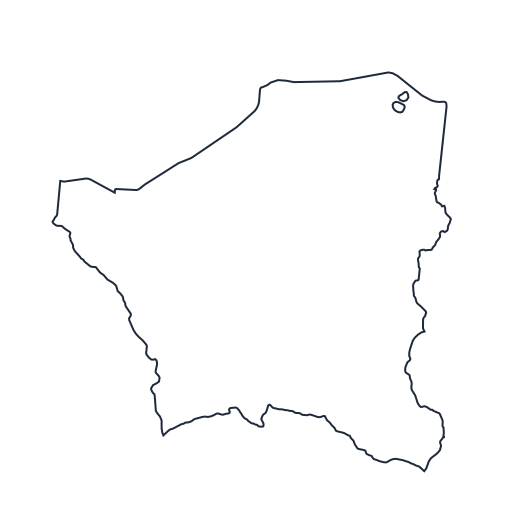 Niassa, Albers equal-area conic projection, rotated 96°
{"feature_id": "MOZ-1199", "entity_name": "Niassa", "entity_type": "Province", "adm_level": 1, "iso_a3": "MOZ", "parent_name": "Mozambique", "parent_adm1": "", "projection": "albers", "projection_center": [37.064, -13.372], "detail": "fine", "context": "isolated", "style": "outline", "palette": "slate", "viewbox_px": 512, "rotation_deg": 96, "n_neighbors": 0, "source": "natural_earth", "source_scale": "10m", "svg_char_len": 5940}
<svg xmlns="http://www.w3.org/2000/svg" viewBox="0 0 512 512"><g transform="rotate(96 256 256)"><path d="M416.6,50.1L417.3,51.3L418.5,51.8L420.4,53.1L421.5,53.5L422.6,53.3L424.7,52.4L425.7,52.1L430.1,52.9L433.5,55.3L438.7,60.8L442.0,62.6L449.6,64.5L452.4,66.2L448.7,71.2L448.3,72.0L447.6,75.2L446.5,77.9L445.9,80.7L445.2,82.0L444.9,82.7L444.4,85.7L443.7,88.5L443.1,95.4L443.2,96.3L443.7,98.5L444.2,99.5L445.3,101.6L446.2,102.6L447.7,105.0L447.7,107.6L447.0,112.4L446.3,114.3L445.7,117.4L445.5,117.8L444.3,119.1L443.1,119.8L442.8,120.2L442.6,120.7L442.2,122.9L441.3,125.1L440.5,125.9L438.2,126.8L437.9,127.7L437.6,129.2L437.3,132.5L437.1,134.0L436.8,134.9L433.3,137.8L432.1,138.5L429.9,139.5L429.2,140.1L428.1,141.5L426.9,142.8L425.1,143.8L424.5,146.1L423.0,149.5L422.6,151.2L421.8,157.2L421.5,158.0L421.0,158.6L419.3,159.5L418.3,160.5L416.5,162.8L413.8,165.4L412.2,167.8L411.5,168.5L409.9,169.6L408.2,170.6L408.0,171.1L408.0,171.9L408.8,173.8L409.4,174.8L409.7,176.4L409.6,178.0L409.3,179.7L409.0,180.7L408.0,185.3L408.2,186.7L409.0,188.4L409.1,192.9L409.0,193.5L407.9,195.8L407.7,196.3L407.7,196.9L407.9,199.8L407.7,201.0L407.3,201.9L406.7,202.6L406.5,203.3L406.4,204.3L406.5,206.2L406.1,208.6L406.2,211.2L405.9,213.0L405.8,213.9L406.0,217.1L405.9,218.2L405.6,219.8L405.4,222.2L405.3,222.8L404.8,223.8L402.7,226.4L402.5,226.9L402.6,227.4L403.1,228.0L403.7,228.3L408.6,229.2L410.7,229.9L411.5,230.5L412.4,231.6L413.1,232.2L413.5,232.5L415.0,233.1L417.2,233.6L417.5,233.7L417.9,233.6L421.3,231.3L422.2,231.0L423.3,230.8L424.4,230.9L424.8,231.2L425.1,232.0L425.2,234.7L425.2,235.5L424.9,236.0L424.0,237.0L423.8,237.5L423.6,239.5L422.9,240.8L422.9,242.4L422.7,243.4L421.8,244.6L421.2,246.1L420.9,246.5L419.9,247.5L419.3,248.3L418.8,249.9L418.3,250.7L416.0,253.1L414.8,253.8L413.0,255.4L411.1,256.8L409.3,258.9L409.0,259.6L408.9,260.7L409.7,264.8L409.9,265.6L410.3,266.1L411.2,266.7L411.7,266.7L412.2,266.6L413.5,265.9L414.5,265.8L415.0,266.1L415.4,266.8L416.0,269.1L416.6,270.7L417.2,271.8L417.3,273.6L416.6,277.2L416.8,278.5L417.1,279.1L418.5,281.0L419.8,283.3L420.3,284.4L420.9,286.3L421.1,287.3L421.1,288.2L421.0,289.5L421.2,290.7L421.7,292.6L424.6,300.1L425.1,300.8L426.4,302.1L427.4,303.4L428.6,306.1L428.8,307.1L428.9,308.3L429.2,309.0L430.4,310.5L431.0,312.5L436.5,320.8L436.9,321.7L437.2,322.8L438.5,324.5L444.1,329.4L441.2,330.8L437.5,331.8L429.4,332.7L425.7,334.7L422.4,338.0L420.5,339.4L404.7,342.3L403.8,342.9L403.2,343.9L401.7,345.1L400.0,346.2L398.5,346.5L395.1,344.8L393.2,341.8L391.0,339.3L387.0,339.2L385.3,340.3L382.8,343.2L381.5,343.8L374.1,343.1L372.2,343.3L370.2,344.1L369.1,345.5L369.9,347.5L369.9,349.3L368.4,351.7L366.2,353.9L364.5,355.1L357.0,355.1L355.6,355.9L352.0,359.6L348.6,364.3L345.9,367.3L342.6,370.0L333.0,375.4L331.2,375.7L328.8,374.5L327.7,374.3L326.6,374.5L326.0,374.8L325.7,375.2L319.6,380.3L317.8,381.0L316.6,381.2L315.8,381.7L314.2,383.0L313.3,383.4L311.3,383.9L310.3,384.3L309.2,385.3L306.4,388.3L305.9,389.3L305.3,389.9L300.2,392.0L297.7,395.3L296.3,398.3L295.0,401.2L290.9,405.5L290.2,406.7L289.9,407.4L288.7,409.4L283.8,414.2L283.9,418.3L283.6,419.7L279.7,425.7L279.1,426.3L277.8,427.3L277.4,428.0L276.9,429.3L276.5,429.9L275.2,431.0L270.0,436.8L267.1,438.6L266.0,438.9L264.4,439.1L263.7,439.4L259.9,442.0L258.2,442.3L256.2,443.4L255.0,443.5L252.8,443.0L252.1,443.2L251.7,443.6L251.4,444.0L248.8,449.1L246.8,451.7L246.6,452.2L246.4,453.2L246.7,455.4L246.6,457.4L246.3,458.3L245.8,459.3L244.6,461.0L243.8,461.7L243.1,461.9L242.6,461.7L240.9,460.7L238.8,460.0L236.9,458.5L235.5,458.1L201.8,458.5L202.1,454.6L196.7,433.1L196.7,430.8L197.3,428.4L207.8,403.1L205.8,403.2L204.6,403.0L204.0,402.1L202.9,381.8L202.3,380.2L201.2,378.8L196.6,374.1L171.7,342.7L165.3,330.6L130.0,288.8L112.0,272.5L109.0,270.7L105.8,269.6L102.6,269.1L90.5,269.4L89.0,269.2L88.0,268.6L87.7,268.2L87.6,267.7L87.1,266.6L85.2,263.2L84.1,261.7L82.0,259.6L78.8,252.6L78.5,244.6L79.1,236.4L73.4,190.7L59.6,143.5L60.0,139.1L62.0,134.2L79.1,107.5L82.9,97.9L83.6,94.1L83.7,90.2L83.0,86.0L83.0,84.2L83.9,82.9L87.2,82.1L156.6,82.3L160.6,82.1L160.8,82.7L161.4,83.3L162.3,83.6L165.0,83.6L167.3,82.6L167.8,82.7L168.6,83.3L169.1,84.0L169.4,84.7L169.8,85.2L170.9,85.6L171.0,83.9L172.0,83.8L173.6,84.4L175.1,84.8L177.4,83.6L182.6,82.2L183.5,81.6L184.2,79.6L185.0,78.2L186.0,76.9L187.2,76.2L186.4,74.0L188.2,73.0L192.9,72.1L194.6,70.8L197.6,67.0L198.8,66.1L202.7,66.8L206.0,68.1L209.6,68.1L210.9,68.7L212.5,70.7L211.6,72.8L212.5,74.7L214.3,75.6L216.1,75.1L217.5,75.0L219.5,75.8L222.9,78.0L223.9,78.4L226.0,78.9L226.9,79.3L229.0,81.1L229.8,81.3L231.4,82.0L231.9,83.8L232.1,86.0L232.8,87.9L232.2,89.4L232.5,91.4L233.3,93.1L234.4,93.9L238.3,93.2L239.5,93.4L241.0,94.3L241.9,94.6L243.3,94.4L246.8,93.4L249.8,93.0L250.9,92.1L251.4,91.8L262.5,91.8L263.2,92.3L263.8,94.6L264.4,95.1L267.3,96.5L268.9,96.7L274.9,95.7L276.3,95.2L278.8,94.9L279.5,94.5L280.1,93.9L281.0,93.1L284.5,91.8L285.6,91.2L286.4,90.4L289.1,86.5L293.4,81.3L295.0,80.8L295.9,81.3L297.8,81.4L300.1,82.9L301.5,83.2L310.3,82.4L311.2,82.0L313.5,80.5L314.7,83.5L317.3,86.7L320.6,89.5L323.9,91.2L332.0,93.0L336.1,93.5L339.5,93.1L342.0,91.8L342.8,91.8L343.9,92.3L345.6,94.1L346.4,94.5L351.1,95.8L353.3,95.8L355.1,95.5L355.7,95.2L356.5,94.5L357.6,92.2L358.3,91.0L359.5,90.5L361.5,90.1L364.9,88.2L367.0,87.8L370.0,87.8L372.0,87.5L373.8,86.4L378.0,83.1L385.0,80.0L386.9,78.6L388.1,77.6L388.9,76.3L388.7,75.1L388.2,73.9L387.8,72.6L388.3,70.4L390.6,66.3L390.5,64.6L391.4,63.4L392.8,59.0L393.1,57.6L393.7,56.8L399.7,53.4L401.3,53.0L405.2,52.8L406.0,52.6L406.9,51.6L412.4,50.7L415.3,50.8L415.3,50.6L415.6,50.4L416.0,50.1L416.6,50.1ZM91.3,135.9L93.4,135.5L95.4,134.3L96.9,132.5L97.9,130.1L98.2,127.6L97.4,125.7L95.9,124.7L93.7,123.9L91.7,123.8L90.4,124.7L88.7,128.9L88.1,131.2L88.2,133.2L89.4,135.2L91.3,135.9ZM79.2,121.8L77.2,123.4L77.4,125.0L80.0,127.9L81.2,129.6L82.4,130.8L83.9,130.9L85.8,128.9L86.7,125.6L85.3,122.6L82.5,121.0L79.2,121.8Z" fill="none" stroke="#1e293b" stroke-width="2"/></g></svg>